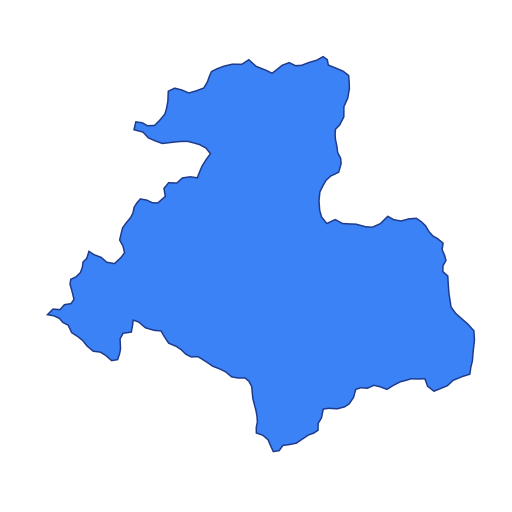 Coqueiral, Minas Gerais, Brazil, rotated 86°
{"feature_id": "56859067B68228561117509", "entity_name": "Coqueiral", "entity_type": "district", "adm_level": 2, "iso_a3": "BRA", "parent_name": "Brazil", "parent_adm1": "Minas Gerais", "projection": "mercator", "projection_center": [-45.418, -21.178], "detail": "fine", "context": "isolated", "style": "filled", "palette": "blue", "viewbox_px": 512, "rotation_deg": 86, "n_neighbors": 0, "source": "geoboundaries", "source_scale": "gbopen_adm2", "svg_char_len": 2994}
<svg xmlns="http://www.w3.org/2000/svg" viewBox="0 0 512 512"><g transform="rotate(86 256 256)"><path d="M298.8,66.2L289.3,66.1L284.6,70.7L278.9,70.2L273.6,66.8L268.2,67.9L262.7,69.9L256.2,68.5L251.3,73.7L248.3,78.2L243.8,81.7L237.8,84.7L233.5,88.5L229.6,93.4L229.6,100.7L231.2,108.9L229.4,116.0L225.6,121.8L232.4,129.7L235.4,137.9L234.5,144.5L231.2,154.1L230.5,160.8L229.6,167.5L225.2,174.4L228.5,183.1L221.6,187.9L214.9,189.3L205.3,189.3L196.5,187.8L190.2,184.1L185.3,180.8L181.4,175.8L178.2,167.7L169.9,164.7L164.5,164.7L158.5,167.3L151.7,167.7L145.4,168.6L140.4,168.6L135.1,167.9L131.3,163.5L123.4,158.7L113.1,157.9L104.9,153.5L95.8,151.2L88.7,150.9L82.4,151.0L77.7,156.2L73.6,164.3L70.6,170.5L65.1,171.2L61.8,175.2L64.9,181.7L66.8,190.2L69.0,197.3L68.9,203.3L65.4,209.5L67.6,216.6L71.7,222.5L74.8,227.2L71.4,233.1L66.8,242.7L59.7,249.5L63.8,256.8L63.0,266.2L64.4,274.7L66.5,281.8L69.0,287.6L74.0,290.2L78.9,292.3L84.8,296.4L87.1,304.3L88.7,311.6L85.1,318.7L82.9,325.4L85.5,332.0L95.3,333.1L102.4,334.9L108.1,337.0L113.6,342.3L118.7,348.1L118.5,355.2L115.2,360.1L113.8,366.5L121.5,368.9L124.5,360.1L130.6,355.2L133.8,349.2L137.2,341.7L136.9,334.6L136.6,328.4L136.5,322.5L136.9,316.1L139.0,309.7L140.9,304.6L144.7,298.5L150.8,294.3L156.3,299.0L162.8,303.7L169.2,306.9L173.9,309.1L172.4,316.1L173.0,324.0L177.7,329.9L176.8,338.0L182.1,343.1L190.2,342.3L196.2,350.2L195.7,355.6L192.6,361.2L191.0,367.4L194.6,371.0L198.9,374.2L204.5,375.7L208.8,378.3L213.7,383.0L218.6,387.1L225.0,389.2L230.5,390.9L236.8,388.0L243.6,386.9L248.2,390.9L253.7,397.7L251.8,405.4L246.6,410.5L243.3,417.6L239.7,422.3L246.6,425.0L249.9,428.9L255.1,430.0L260.3,432.3L264.4,437.3L266.3,442.4L271.2,443.5L278.3,442.0L286.5,440.6L290.6,443.8L291.2,450.5L295.8,455.2L294.8,462.3L300.0,468.1L301.6,461.7L304.6,456.4L308.9,453.2L311.9,448.2L319.6,445.2L324.1,439.2L328.1,434.9L333.9,430.9L339.6,425.1L341.0,418.0L344.8,412.7L350.3,407.3L349.7,401.3L344.0,398.9L339.0,397.6L329.2,397.4L323.8,394.0L323.2,385.7L317.1,384.1L311.4,383.0L313.6,377.7L319.9,371.3L323.1,362.7L324.1,356.0L329.4,353.4L336.9,349.2L340.7,341.7L344.2,337.2L349.1,332.8L352.1,327.8L352.4,320.8L357.9,313.2L362.9,306.9L366.2,299.9L369.5,294.3L374.9,288.7L376.5,282.1L376.9,275.4L380.6,271.7L385.9,269.4L397.9,269.1L403.9,268.0L410.2,266.8L415.7,266.2L421.7,266.2L427.0,267.7L432.6,268.0L435.2,261.8L440.1,256.8L447.6,254.2L452.3,252.4L451.8,246.5L446.8,242.4L446.4,235.5L445.5,228.7L442.0,222.8L438.2,216.2L436.8,211.0L434.2,206.3L427.4,205.7L422.0,202.0L413.4,199.6L413.0,194.0L414.1,185.8L412.7,178.2L409.9,173.3L403.9,168.6L396.0,165.8L394.7,160.6L395.7,154.1L393.2,147.4L395.1,141.3L398.2,134.7L394.7,128.2L391.6,121.0L390.5,115.1L389.3,109.8L390.0,102.9L390.2,96.1L397.9,93.9L403.3,87.9L400.9,80.6L398.7,74.1L393.8,68.1L390.7,58.9L388.8,50.9L382.1,49.5L375.5,47.4L368.5,46.4L362.4,45.3L354.7,43.9L345.8,43.9L338.6,49.5L332.8,55.3L327.1,60.9L320.5,65.0L314.4,65.5L306.8,66.1L298.8,66.2Z" fill="#3b82f6" stroke="#1e3a8a" stroke-width="1.5"/></g></svg>